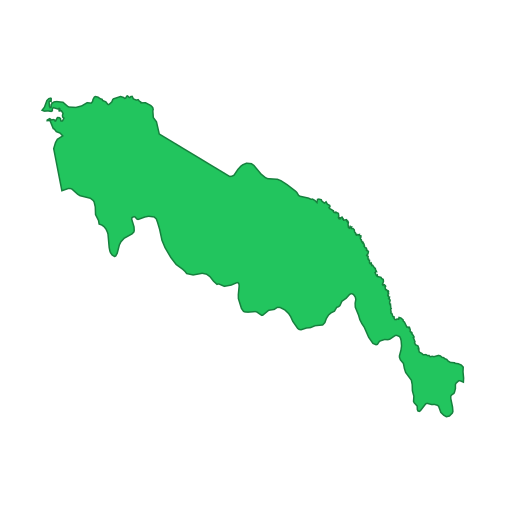 Codajás, Amazonas, Brazil, rotated 169°
{"feature_id": "56859067B38130670878820", "entity_name": "Codajás", "entity_type": "district", "adm_level": 2, "iso_a3": "BRA", "parent_name": "Brazil", "parent_adm1": "Amazonas", "projection": "equal_earth", "projection_center": [-63.147, -3.128], "detail": "fine", "context": "isolated", "style": "filled", "palette": "green", "viewbox_px": 512, "rotation_deg": 169, "n_neighbors": 0, "source": "geoboundaries", "source_scale": "gbopen_adm2", "svg_char_len": 6105}
<svg xmlns="http://www.w3.org/2000/svg" viewBox="0 0 512 512"><g transform="rotate(169 256 256)"><path d="M397.0,284.4L394.9,282.5L393.7,282.8L391.7,285.2L388.0,293.0L385.9,295.7L382.0,298.6L373.4,301.4L371.3,302.9L370.7,304.3L370.2,307.9L371.0,315.8L370.4,317.4L368.2,317.9L367.4,317.5L365.6,314.7L364.4,314.4L357.6,315.5L353.8,315.5L348.6,313.8L346.8,311.5L346.2,307.7L345.5,300.5L345.3,289.4L343.7,281.6L339.9,270.8L336.0,262.9L330.5,257.0L328.6,254.4L327.4,252.0L321.3,249.4L312.1,249.3L308.0,247.6L305.1,244.5L302.5,239.4L299.7,235.6L298.6,235.8L297.4,235.4L292.9,232.3L285.9,232.2L279.9,233.5L278.8,233.3L278.1,231.9L278.2,230.0L280.7,221.5L281.4,217.6L280.3,207.3L278.8,204.0L277.5,203.2L274.5,202.4L267.4,201.6L266.0,201.0L261.8,196.7L260.7,196.6L253.9,200.3L248.3,200.1L244.9,201.5L242.2,200.9L238.0,197.6L234.9,193.2L233.6,190.0L232.3,184.7L228.9,177.0L227.7,175.7L225.9,175.0L220.1,175.7L216.2,175.3L211.3,176.3L203.7,175.6L201.1,177.5L198.9,181.2L196.0,184.3L193.1,185.9L189.5,186.9L186.6,190.2L184.6,190.5L183.1,191.3L180.3,195.2L175.6,197.3L171.5,200.4L169.9,200.9L168.7,200.5L167.6,199.5L166.4,196.9L166.3,194.4L167.7,190.7L168.3,186.8L166.6,178.3L166.2,173.7L165.0,169.5L163.3,165.4L160.9,154.7L157.9,147.9L155.1,146.0L153.7,146.1L151.2,148.6L149.8,149.0L145.7,149.5L142.6,148.7L140.6,148.8L134.5,151.4L133.1,151.3L130.4,149.5L129.8,147.5L129.7,145.0L130.3,139.9L131.6,136.1L134.2,130.7L134.5,129.3L134.1,126.6L131.8,122.4L131.8,117.1L131.3,113.1L127.2,104.5L127.2,99.9L128.2,93.9L127.8,88.2L129.1,83.2L128.7,81.7L126.4,77.9L126.9,74.5L126.6,73.0L125.3,72.3L124.1,72.8L117.6,78.5L116.1,78.7L111.7,76.6L109.2,76.3L106.3,74.8L105.4,73.6L104.4,67.2L102.1,63.9L99.8,61.9L96.7,62.0L93.2,64.4L92.4,65.8L91.9,70.2L92.0,78.8L91.6,81.2L90.6,82.2L87.9,83.4L87.0,84.7L85.5,87.9L84.8,91.7L84.0,92.9L80.7,94.9L79.3,94.5L76.5,92.6L75.5,96.5L74.9,102.8L73.8,107.4L75.3,109.8L78.1,111.7L81.2,112.7L81.4,113.3L85.6,114.5L87.6,116.4L88.5,118.1L90.5,119.3L91.1,120.4L92.8,121.0L94.0,122.7L95.8,123.6L100.5,123.2L102.1,123.9L104.3,123.9L105.2,125.4L106.3,125.3L108.1,126.8L110.7,127.1L111.7,128.6L114.0,130.5L114.3,133.7L113.9,133.5L113.8,134.2L114.2,136.8L116.2,138.3L117.0,140.5L116.3,141.4L117.1,145.8L116.6,145.8L116.3,146.4L117.0,148.5L117.7,149.3L117.5,150.7L117.8,151.4L118.2,151.1L119.1,152.5L118.7,154.1L119.0,156.7L119.3,157.0L119.9,156.5L120.6,157.3L121.5,157.5L122.9,162.8L123.9,164.0L123.8,165.2L125.5,167.4L127.3,168.4L128.1,166.7L129.6,167.3L130.3,166.8L131.8,167.1L132.4,168.5L132.0,169.8L133.2,170.5L133.6,173.7L134.5,174.4L134.0,175.8L134.1,177.8L133.3,178.6L133.6,179.1L133.2,183.0L133.7,182.9L133.9,184.1L133.4,186.0L132.9,186.4L132.9,187.6L133.8,188.7L133.3,188.9L132.8,190.2L133.4,190.3L134.1,191.8L133.7,192.0L133.9,192.6L133.7,193.4L133.0,193.6L133.5,195.7L132.7,195.7L132.8,196.5L133.3,196.5L134.4,198.1L134.9,198.0L135.3,198.6L135.2,201.3L134.6,201.4L134.6,202.0L135.5,203.3L136.1,203.5L136.8,202.9L137.3,203.9L135.7,206.8L135.6,208.8L136.9,209.8L137.4,211.2L140.7,212.7L140.6,214.2L141.5,213.8L142.3,217.0L141.6,217.2L141.3,218.4L140.8,218.1L141.4,220.3L141.2,221.1L141.9,221.5L143.3,224.7L144.2,224.6L144.2,226.6L144.6,226.2L145.0,226.7L144.7,227.2L145.1,227.4L145.5,226.9L145.9,227.6L145.4,230.1L145.9,230.3L146.3,230.9L146.1,231.4L146.5,231.5L146.5,232.8L146.0,234.0L146.2,234.6L147.3,235.3L146.4,236.5L145.8,236.6L144.8,238.8L145.3,239.8L146.2,240.1L146.5,240.7L146.0,241.0L146.2,242.8L147.2,243.2L147.5,244.0L148.0,245.1L147.6,245.4L147.8,247.3L148.4,249.1L148.8,248.5L149.6,250.4L149.5,251.8L150.0,252.2L150.2,253.8L149.4,254.5L149.2,255.8L150.7,256.3L150.4,257.4L153.2,257.3L153.1,258.0L153.8,258.0L153.9,259.6L154.6,260.5L154.6,263.1L155.7,264.6L157.1,264.7L157.4,265.3L156.7,266.3L157.8,266.4L158.0,267.0L159.0,265.5L159.8,266.3L159.6,269.6L158.9,271.4L159.3,272.7L159.9,272.3L160.1,272.8L160.2,274.4L163.1,274.4L163.3,275.8L163.9,275.8L163.8,277.2L164.1,277.8L165.7,277.3L166.0,276.7L166.5,276.7L166.7,277.6L167.2,277.4L167.1,276.7L167.5,276.9L167.8,278.0L167.1,279.8L167.0,282.1L168.8,283.4L169.2,283.2L169.3,283.9L170.9,283.7L171.3,284.2L171.4,285.7L172.0,285.7L172.5,286.7L174.8,288.6L175.1,289.7L174.0,290.2L174.0,291.6L176.1,293.3L176.9,295.8L178.7,294.8L180.9,297.3L181.2,298.8L183.6,299.9L184.8,299.8L186.0,296.8L187.6,299.3L189.7,301.1L191.1,301.1L193.4,302.8L201.7,306.4L202.7,307.5L203.8,310.6L204.9,312.2L211.9,320.1L217.1,325.1L220.3,327.2L229.8,329.7L231.9,331.2L235.5,335.6L240.8,345.3L242.9,347.5L247.6,348.9L251.5,348.1L253.7,347.1L257.3,344.4L262.2,339.5L264.4,338.9L266.7,339.1L327.7,394.2L328.1,406.7L330.4,411.5L329.6,418.1L329.0,419.4L329.0,421.2L329.6,422.4L330.6,423.8L335.2,427.5L339.7,428.3L339.7,429.2L340.9,430.1L341.8,431.9L343.8,431.9L346.4,433.6L347.1,436.3L348.5,436.4L349.6,435.6L350.3,435.9L351.6,437.7L352.3,437.6L353.8,435.9L354.8,435.7L355.6,436.8L358.5,438.4L365.8,437.5L366.7,437.0L368.1,434.8L371.0,433.0L372.1,432.8L372.6,433.2L374.0,436.0L376.9,437.9L377.1,439.1L379.0,440.2L380.8,442.1L383.3,443.2L384.4,442.8L386.1,440.8L386.9,438.9L388.6,437.5L392.5,438.7L398.4,436.6L404.4,436.2L411.2,437.9L412.3,438.8L416.1,443.7L422.1,445.6L424.7,445.8L426.8,445.0L428.2,443.6L428.7,441.2L429.8,440.9L430.2,442.3L429.7,446.8L428.6,447.5L427.7,446.7L427.0,449.5L427.3,450.1L429.3,450.0L431.6,448.5L435.3,442.4L438.2,439.9L436.2,438.6L432.4,438.1L429.5,437.0L428.2,437.4L427.8,439.4L426.6,440.3L422.2,438.0L421.1,438.6L420.5,437.9L420.5,437.2L421.5,436.6L421.5,435.9L419.3,435.7L418.2,432.7L419.1,431.2L419.3,429.3L418.2,428.0L420.1,425.6L420.8,425.5L421.8,425.9L421.7,428.3L422.8,429.4L424.5,429.8L427.0,426.7L427.5,426.8L427.6,427.8L428.9,428.6L431.4,428.6L431.4,429.3L432.3,430.2L435.0,429.3L435.2,428.7L432.4,428.3L430.7,419.7L429.7,419.0L428.3,416.2L424.8,414.0L422.8,410.8L428.7,408.5L431.1,405.7L434.1,400.0L434.1,357.1L427.3,358.1L424.9,357.5L423.9,356.8L419.3,350.7L417.3,348.8L407.6,344.3L405.3,341.7L404.6,340.1L404.4,334.9L405.6,327.3L403.8,320.9L403.9,317.3L401.5,315.9L399.5,313.7L398.1,311.0L397.3,307.7L397.1,305.8L398.5,292.4L398.5,288.9L398.2,287.0L397.0,284.4Z" fill="#22c55e" stroke="#15803d" stroke-width="1.5"/></g></svg>